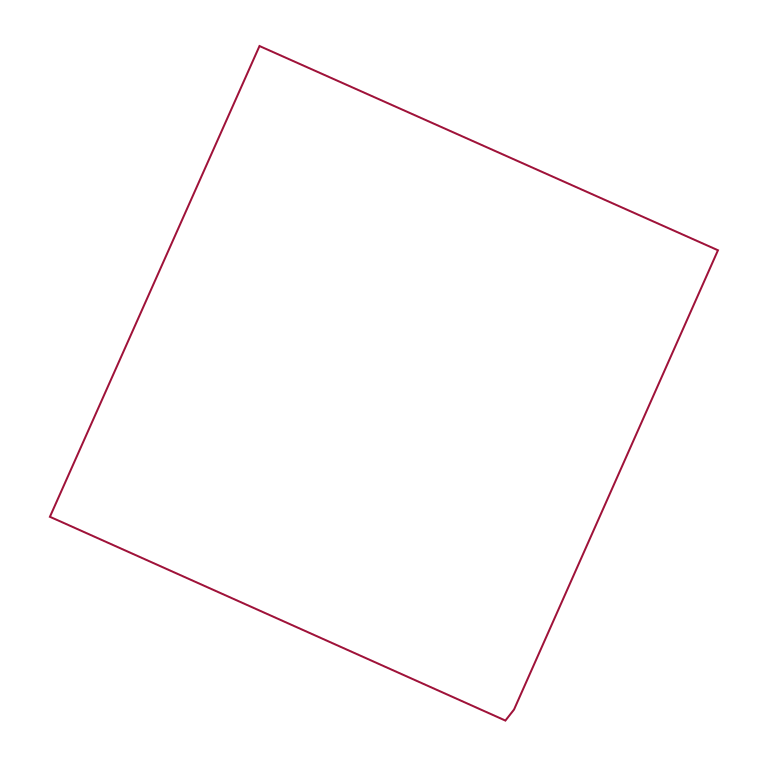 Adams, Nebraska, United States of America, rotated 204°
{"feature_id": "52423323B10491210424297", "entity_name": "Adams", "entity_type": "district", "adm_level": 2, "iso_a3": "USA", "parent_name": "United States of America", "parent_adm1": "Nebraska", "projection": "mercator", "projection_center": [-98.47, 40.525], "detail": "fine", "context": "isolated", "style": "outline", "palette": "rose", "viewbox_px": 768, "rotation_deg": 204, "n_neighbors": 0, "source": "geoboundaries", "source_scale": "gbopen_adm2", "svg_char_len": 250}
<svg xmlns="http://www.w3.org/2000/svg" viewBox="0 0 768 768"><g transform="rotate(204 384 384)"><path d="M629.8,126.8L136.2,125.9L132.8,139.5L133.3,642.0L635.2,642.1L635.2,126.8L629.8,126.8Z" fill="none" stroke="#9f1239" stroke-width="2"/></g></svg>